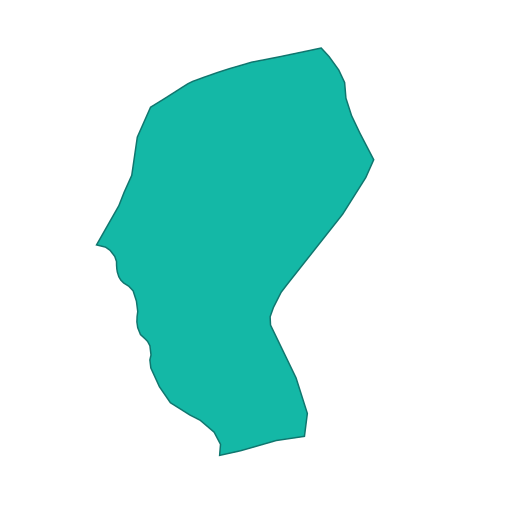 outline of Cajolá, Quezaltenango, Guatemala, rotated 69°
{"feature_id": "79465075B33960112872468", "entity_name": "Cajolá", "entity_type": "district", "adm_level": 2, "iso_a3": "GTM", "parent_name": "Guatemala", "parent_adm1": "Quezaltenango", "projection": "equal_earth", "projection_center": [-91.611, 14.937], "detail": "fine", "context": "isolated", "style": "filled", "palette": "teal", "viewbox_px": 512, "rotation_deg": 69, "n_neighbors": 0, "source": "geoboundaries", "source_scale": "gbopen_adm2", "svg_char_len": 986}
<svg xmlns="http://www.w3.org/2000/svg" viewBox="0 0 512 512"><g transform="rotate(69 256 256)"><path d="M441.7,275.4L421.4,264.5L384.2,262.3L325.7,267.2L317.8,264.6L310.3,258.2L298.9,245.6L294.1,237.8L289.7,230.4L267.4,192.8L248.0,160.1L222.1,125.4L208.3,111.6L178.4,115.0L159.2,116.5L140.9,115.5L125.8,111.1L112.0,112.1L96.1,116.3L85.2,120.6L78.2,164.0L73.5,190.5L71.6,213.5L70.9,226.3L70.5,239.6L70.3,252.4L70.8,257.9L72.1,264.5L76.2,284.6L79.3,301.1L102.5,324.2L136.2,343.1L149.3,356.3L159.9,366.0L188.5,400.9L193.8,393.3L198.4,390.2L205.8,388.0L211.2,388.2L214.7,389.5L218.0,390.5L221.3,391.2L226.2,391.5L230.2,390.8L233.8,389.2L238.6,385.6L244.5,383.2L255.3,383.8L265.5,386.3L269.9,388.7L274.8,390.8L280.5,392.1L288.0,392.0L293.8,389.1L296.9,387.8L301.8,387.2L310.8,389.5L315.0,392.3L322.8,394.3L343.5,393.0L362.3,388.5L380.9,374.6L389.3,367.0L405.5,358.2L419.1,356.6L429.1,361.4L432.3,340.0L435.5,303.3L441.7,275.4Z" fill="#14b8a6" stroke="#0f766e" stroke-width="1.5"/></g></svg>